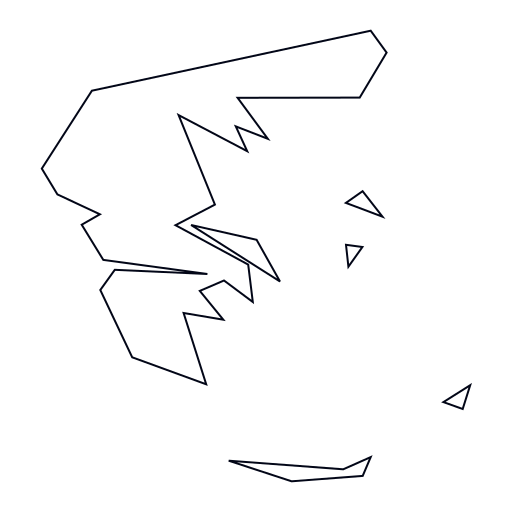 map outline of Greece (Mercator projection)
{"feature_id": "GRC", "entity_name": "Greece", "entity_type": "country or territory", "adm_level": 0, "iso_a3": "GRC", "parent_name": "Europe", "parent_adm1": "", "projection": "mercator", "projection_center": [23.941, 38.339], "detail": "coarse", "context": "isolated", "style": "outline", "palette": "ink", "viewbox_px": 512, "rotation_deg": 0, "n_neighbors": 0, "source": "natural_earth", "source_scale": "50m", "svg_char_len": 721}
<svg xmlns="http://www.w3.org/2000/svg" viewBox="0 0 512 512"><path d="M370.7,30.7L386.6,52.6L359.7,97.6L237.6,97.8L267.8,138.8L235.8,126.4L247.2,151.2L178.6,115.1L214.9,204.6L175.5,225.2L248.2,264.6L252.8,302.0L224.0,280.5L199.8,290.9L223.3,319.7L183.6,313.0L206.2,384.3L132.2,357.3L100.3,290.0L114.8,269.8L207.4,274.0L103.3,259.9L81.7,224.7L99.9,214.3L57.4,194.4L41.8,168.6L91.9,90.7L370.7,30.7ZM228.7,460.7L343.2,469.3L370.7,457.1L362.7,475.9L291.6,481.3L228.7,460.7ZM191.1,225.0L256.6,239.8L280.0,281.5L191.1,225.0ZM362.6,191.2L382.5,216.7L345.9,202.9L362.6,191.2ZM462.7,409.0L443.4,402.1L470.2,385.2L462.7,409.0ZM362.4,247.0L348.4,266.7L346.0,244.8L362.4,247.0Z" fill="none" stroke="#020617" stroke-width="2"/></svg>